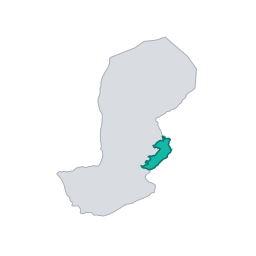 Paraguay, with Amambay highlighted, rotated 56°
{"feature_id": "PRY-615", "entity_name": "Amambay", "entity_type": "Department", "adm_level": 1, "iso_a3": "PRY", "parent_name": "Paraguay", "parent_adm1": "", "projection": "equal_earth", "projection_center": [-56.215, -22.97], "detail": "fine", "context": "in_parent", "style": "filled", "palette": "teal", "viewbox_px": 256, "rotation_deg": 56, "n_neighbors": 0, "source": "natural_earth", "source_scale": "10m", "svg_char_len": 6642}
<svg xmlns="http://www.w3.org/2000/svg" viewBox="0 0 256 256"><g transform="rotate(56 128 128)"><path d="M132.6,57.6L132.9,59.2L133.1,60.4L133.7,61.3L134.2,62.4L134.8,63.1L135.2,64.2L135.1,65.4L135.3,67.0L135.6,68.4L135.8,68.8L136.6,69.1L137.0,70.4L136.7,71.0L136.8,71.7L137.1,72.5L136.9,73.1L137.0,73.7L137.5,74.1L138.0,75.9L138.1,78.9L137.6,80.4L137.1,81.8L137.0,82.5L137.4,83.7L136.8,85.1L136.2,86.7L136.3,87.9L136.5,89.0L136.5,90.2L136.7,91.2L136.5,92.4L136.3,93.4L136.2,94.6L136.4,95.9L136.0,97.1L135.7,98.0L135.6,98.8L136.1,100.2L137.3,100.8L138.3,100.9L139.2,100.2L139.9,100.0L141.2,100.6L142.4,101.8L143.9,101.9L145.2,102.1L146.3,102.5L147.8,102.1L149.3,102.5L151.2,103.2L152.7,103.7L154.2,103.6L155.3,103.5L156.5,102.9L157.6,102.9L158.5,101.8L159.0,100.8L159.4,100.1L160.6,99.5L161.5,99.8L162.2,101.7L163.4,102.8L163.9,103.6L164.8,104.0L166.8,104.0L168.1,104.0L169.5,104.5L170.4,104.5L171.2,105.5L171.9,106.8L172.0,109.0L172.7,110.7L173.6,111.4L174.1,112.5L174.0,114.0L173.5,115.5L173.6,117.1L174.1,118.7L174.1,120.2L174.4,121.7L175.0,123.0L175.2,125.1L175.1,126.6L175.6,127.4L175.7,128.7L175.4,129.7L175.3,131.0L175.4,132.3L175.7,133.3L176.7,134.5L176.9,136.8L176.9,138.4L177.4,140.3L178.2,141.1L179.4,141.4L180.9,141.7L182.8,141.3L184.4,140.8L185.3,140.3L187.0,138.9L188.6,138.1L189.4,137.6L190.2,137.3L191.7,138.1L193.1,139.2L194.3,140.7L196.3,142.4L195.9,142.8L195.1,144.1L195.1,145.7L195.7,148.0L195.1,152.8L193.5,160.1L192.8,164.4L193.1,165.6L192.5,167.7L190.2,172.3L190.1,175.4L189.8,184.6L189.1,191.1L187.8,195.9L186.7,198.5L185.7,198.8L184.9,199.6L184.5,200.8L183.7,201.8L182.4,202.6L181.8,203.5L181.7,204.5L180.5,205.1L178.3,205.4L177.0,206.1L176.6,207.4L175.9,208.4L174.8,209.2L174.3,210.4L174.3,212.1L173.7,213.6L172.4,214.8L171.2,214.8L170.1,213.7L168.6,212.9L166.8,212.5L165.2,212.8L164.0,213.8L162.9,215.3L161.9,217.4L160.9,217.8L159.7,216.4L158.2,215.9L156.4,216.5L155.0,216.3L153.9,215.4L152.3,215.3L150.1,216.0L145.6,215.1L138.9,212.7L133.2,211.8L126.2,212.7L125.6,210.1L126.0,208.8L127.1,207.7L127.8,206.6L128.1,205.3L128.9,204.3L130.2,203.6L130.7,202.9L130.5,202.2L130.8,201.6L131.5,201.0L131.9,200.2L132.0,199.0L132.3,198.5L132.8,198.0L132.8,197.2L132.5,194.7L132.5,192.7L132.9,191.1L133.3,190.1L133.6,189.9L133.9,189.3L134.0,188.4L134.5,187.5L136.7,185.6L137.5,184.6L137.6,183.7L137.9,182.5L139.2,179.9L139.6,178.6L139.7,178.0L140.1,177.4L141.7,175.9L142.6,174.5L142.7,173.2L142.3,171.7L141.4,170.1L138.5,165.9L136.3,164.0L133.4,162.5L131.6,162.0L130.7,162.5L129.8,162.1L128.8,160.7L127.3,159.6L123.9,158.4L116.4,153.5L113.4,151.2L112.4,149.7L109.6,147.1L104.9,143.4L101.4,141.5L98.9,141.6L95.0,140.6L89.6,138.3L86.4,136.0L85.5,133.9L83.5,131.7L80.3,129.6L78.6,128.1L78.5,127.5L77.6,126.6L75.8,125.5L73.8,123.6L71.7,120.9L69.4,116.8L66.9,111.2L64.3,107.4L61.5,105.4L60.1,104.2L60.1,103.5L59.7,102.9L60.0,101.8L60.9,97.6L62.3,91.4L63.7,84.9L65.4,77.4L65.3,72.0L65.2,66.3L67.7,61.6L69.5,58.3L71.0,55.2L72.5,49.8L73.5,46.1L77.5,45.3L84.3,43.4L87.7,42.5L94.9,40.5L102.1,38.5L109.8,38.4L117.2,38.2L123.0,42.7L127.4,46.2L132.2,49.9L132.5,50.8L132.9,53.9L132.6,57.6Z" fill="#d9dde1" stroke="#a8b0b8" stroke-width="1"/><path d="M161.1,99.4L161.3,99.5L161.5,99.7L161.9,101.0L162.3,101.8L162.8,102.3L163.7,103.0L164.2,103.6L164.4,103.8L164.7,103.9L167.5,104.1L167.9,103.9L168.2,104.0L168.4,104.2L168.6,104.4L169.7,104.5L170.0,104.7L170.2,104.1L171.0,105.5L171.7,106.1L171.8,106.4L172.0,106.9L172.0,108.7L172.1,109.5L172.4,110.2L172.8,110.8L173.4,111.2L173.7,111.3L173.9,111.5L174.0,111.8L174.1,112.2L174.1,112.4L174.0,112.7L174.0,112.9L174.0,113.1L174.1,113.5L174.0,114.4L173.7,115.0L173.5,115.7L173.5,116.5L173.9,118.2L173.9,118.5L173.8,119.3L173.8,119.6L174.2,120.3L174.4,120.6L174.5,121.0L174.4,121.8L174.4,122.2L174.6,122.5L175.0,122.8L175.1,123.0L175.4,124.6L175.4,125.0L175.1,126.0L175.0,126.3L175.1,126.8L175.6,127.5L175.8,127.9L175.8,128.5L175.3,129.8L175.4,130.5L175.5,131.2L175.3,131.3L175.1,131.6L174.8,132.6L174.7,133.4L174.6,133.7L174.4,133.9L173.8,134.4L173.6,134.4L173.5,134.5L173.0,134.5L172.8,134.6L172.4,134.9L170.7,136.4L170.1,136.9L169.9,137.1L169.7,137.6L169.4,137.8L169.0,138.0L168.6,138.1L168.0,138.2L167.9,138.3L167.7,138.4L167.4,138.4L167.1,138.2L166.9,138.1L167.1,138.0L167.2,137.9L167.8,137.5L167.8,137.4L167.9,137.0L168.2,136.3L168.3,136.1L168.3,135.8L168.3,135.3L168.3,134.8L168.2,134.4L168.2,134.2L168.6,133.6L168.7,133.4L168.8,133.2L169.0,132.9L169.0,132.7L168.9,131.9L168.9,131.6L169.0,131.3L169.0,131.2L168.9,131.1L168.6,131.1L167.6,131.4L167.4,131.4L167.4,131.5L167.3,131.9L167.3,132.1L167.3,132.3L167.2,132.4L167.0,132.6L166.8,132.7L166.6,132.9L166.5,133.0L166.4,133.0L166.3,132.8L166.1,132.5L165.8,131.9L165.6,131.5L165.6,131.3L165.5,131.1L165.5,130.9L166.9,129.5L167.0,129.3L167.2,129.1L167.2,128.9L167.2,128.7L167.1,128.3L166.7,128.0L166.7,127.8L166.6,127.7L166.7,127.4L166.8,127.2L166.7,127.0L166.7,126.8L166.5,126.7L166.4,126.6L166.2,126.5L165.5,126.4L165.3,126.4L165.0,126.3L164.9,126.3L164.6,126.5L164.3,126.5L164.0,126.6L163.6,126.9L163.4,127.1L163.2,127.2L163.1,126.9L163.2,126.7L163.3,126.0L163.3,125.9L163.4,125.7L163.5,125.5L163.7,125.4L163.8,125.1L164.0,124.9L164.7,124.4L164.8,124.3L164.8,124.2L164.7,123.7L164.8,123.4L164.8,123.2L165.0,122.9L165.1,122.5L165.1,122.4L165.1,122.2L165.3,122.1L165.5,122.3L165.7,122.2L165.8,122.0L165.8,121.9L165.8,121.1L165.8,120.9L163.5,113.2L163.4,113.1L163.1,112.9L162.9,112.8L162.4,113.3L162.2,113.4L162.0,113.5L161.9,113.5L161.6,114.2L161.5,114.3L161.4,114.4L161.3,114.5L161.2,114.6L160.2,114.8L159.9,115.0L159.7,115.4L159.7,115.5L159.6,116.0L159.4,116.5L159.3,116.8L159.2,116.9L158.9,117.0L158.6,117.2L158.4,117.2L158.2,117.2L157.9,116.8L157.8,116.7L157.7,116.7L157.5,116.9L157.4,116.9L157.3,117.0L157.0,117.0L156.8,117.0L156.7,117.0L156.6,116.9L156.7,116.6L156.8,116.5L156.9,116.3L157.2,116.0L157.3,115.9L157.3,115.6L157.2,115.3L157.1,114.4L157.0,113.9L156.8,113.7L156.7,113.5L156.6,113.4L156.4,113.1L156.5,112.8L156.5,112.6L156.4,112.5L156.3,112.2L156.2,112.1L156.2,111.9L156.2,111.6L156.3,111.4L156.3,111.2L156.3,110.6L156.3,110.2L156.2,109.6L156.2,109.3L156.4,109.2L156.4,108.9L156.4,108.4L156.4,108.2L156.5,108.0L156.6,107.9L157.1,107.5L157.2,107.4L157.9,106.1L158.0,106.0L158.4,105.8L158.4,105.7L157.8,105.4L154.3,104.3L154.2,104.1L154.6,103.6L154.7,103.4L154.8,103.2L155.0,103.3L155.6,103.1L155.8,103.1L155.8,103.3L156.0,103.1L156.2,102.6L156.3,102.5L156.5,102.7L157.1,103.5L157.4,103.6L157.4,103.4L157.3,103.0L157.4,102.9L157.5,102.8L157.7,102.7L158.2,102.2L158.4,102.0L158.7,101.4L158.8,101.2L159.0,100.8L159.0,100.7L159.3,100.2L159.6,99.8L159.9,99.7L161.1,99.4Z" fill="#14b8a6" stroke="#0f766e" stroke-width="1.5"/></g></svg>